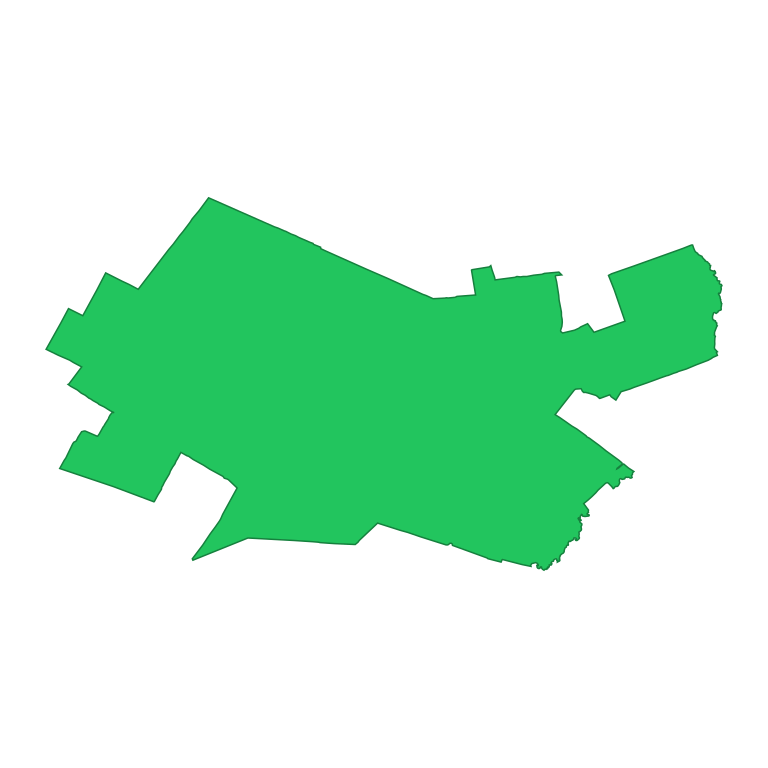 outline of Vanatori, Mehedinti, Romania
{"feature_id": "2599482B58369047953244", "entity_name": "Vanatori", "entity_type": "district", "adm_level": 2, "iso_a3": "ROU", "parent_name": "Romania", "parent_adm1": "Mehedinti", "projection": "mercator", "projection_center": [22.926, 44.254], "detail": "fine", "context": "isolated", "style": "filled", "palette": "green", "viewbox_px": 768, "rotation_deg": 0, "n_neighbors": 0, "source": "geoboundaries", "source_scale": "gbopen_adm2", "svg_char_len": 6086}
<svg xmlns="http://www.w3.org/2000/svg" viewBox="0 0 768 768"><path d="M580.2,516.3L581.6,514.4L582.1,514.6L582.3,515.8L582.9,516.2L585.0,516.5L588.8,516.0L589.2,515.4L589.2,515.0L587.2,514.2L587.1,513.7L588.5,512.2L588.2,511.8L588.5,510.1L583.7,503.6L588.1,500.0L591.9,496.6L595.8,492.8L597.9,490.3L605.4,483.4L606.5,482.8L607.6,482.7L608.7,483.5L611.8,486.7L613.2,488.6L614.0,488.2L614.6,487.2L615.6,486.5L617.3,486.4L617.8,486.1L619.0,484.5L619.1,484.0L619.8,482.7L619.3,481.0L619.4,479.8L620.0,478.8L620.9,478.6L622.1,479.4L624.5,478.9L624.8,478.7L625.1,477.8L625.9,477.1L627.3,477.4L628.5,477.2L629.2,477.4L630.0,478.0L631.0,478.1L632.1,477.5L631.5,475.5L632.4,474.6L632.6,472.7L633.9,471.5L628.5,468.0L623.7,464.0L622.7,464.5L618.4,468.1L616.9,468.9L617.1,468.3L622.0,464.4L622.2,463.8L621.9,462.8L618.7,460.1L606.2,451.0L599.2,445.4L589.4,438.2L586.8,436.8L586.2,435.9L584.8,434.8L576.7,428.9L572.1,426.2L560.4,418.0L555.1,414.6L574.5,389.8L575.8,389.1L581.1,388.7L582.5,391.4L583.8,392.5L585.5,392.4L588.4,393.1L595.9,395.4L597.4,396.4L599.5,398.4L600.3,398.3L609.8,394.8L611.1,396.7L615.9,400.1L621.1,391.7L630.0,389.0L633.9,387.4L647.2,382.8L660.5,377.9L666.8,375.7L668.0,375.5L673.8,373.2L676.8,372.3L678.6,371.4L686.3,369.0L696.3,364.8L708.1,360.3L711.4,358.5L712.9,357.4L717.4,355.4L716.4,352.5L716.4,352.3L717.4,351.8L714.7,348.9L714.4,347.7L714.8,344.0L714.7,341.5L714.9,337.6L715.4,336.5L715.2,336.0L714.5,335.5L714.3,335.0L714.6,334.4L714.5,332.8L714.7,331.8L716.7,326.6L717.3,325.8L716.6,325.0L716.8,323.8L716.7,322.9L716.0,322.7L715.4,320.8L714.4,320.8L714.0,320.1L713.0,319.7L712.5,318.1L712.6,316.1L713.6,312.8L714.7,312.5L716.1,313.4L717.9,312.1L718.4,311.0L720.9,310.0L721.2,309.7L721.1,307.0L721.4,306.1L721.5,304.6L721.8,303.7L721.2,303.2L721.1,302.8L721.3,302.3L720.7,301.1L720.6,300.5L720.8,299.9L720.3,298.8L720.0,296.7L718.4,293.8L718.8,293.2L719.3,293.6L719.8,293.4L720.4,292.6L721.3,289.2L721.2,287.7L720.9,286.9L721.9,285.8L721.9,285.4L721.2,284.4L720.3,284.3L719.4,283.7L719.3,282.9L719.8,281.5L719.6,281.0L717.5,280.7L717.3,280.4L716.9,278.8L717.1,277.9L713.6,275.2L713.5,274.8L713.8,274.5L715.5,273.6L715.6,272.8L715.2,271.5L714.6,270.9L714.2,271.4L714.0,270.9L713.5,271.2L710.6,270.2L710.1,269.5L709.9,267.9L710.2,267.7L710.6,265.6L710.0,265.6L709.7,265.3L709.6,264.1L708.0,262.7L707.6,262.0L705.1,260.9L705.2,260.4L703.2,258.4L702.3,257.2L702.0,256.4L698.7,254.8L697.7,253.8L697.7,253.4L695.5,251.9L694.9,251.0L693.7,248.2L692.6,245.0L691.5,245.0L682.7,248.5L633.6,266.1L611.5,273.8L608.5,275.4L614.3,290.0L625.0,321.2L594.0,332.3L587.6,323.7L580.7,326.9L578.7,328.3L574.5,330.2L562.6,333.0L560.7,331.5L560.6,330.3L561.9,326.3L562.3,322.2L562.1,319.1L561.5,316.1L561.4,312.0L559.1,300.1L558.7,295.2L556.6,281.8L555.4,276.7L555.4,276.0L555.7,275.6L561.7,274.9L558.9,272.1L544.4,273.4L541.9,274.3L533.7,275.2L526.8,276.5L523.0,276.5L520.4,276.9L516.9,276.5L515.0,277.3L495.1,279.9L494.6,277.3L492.1,270.1L490.8,265.6L489.3,266.9L472.0,269.7L471.5,270.1L475.6,295.0L456.9,296.4L455.2,297.3L448.2,298.0L446.4,297.8L444.8,298.1L433.1,298.7L426.1,295.5L422.9,294.4L387.9,278.5L366.7,269.3L325.5,250.9L320.8,248.7L320.6,247.2L313.6,244.4L313.0,243.4L310.2,242.4L298.7,237.4L295.6,235.7L291.0,234.0L285.7,231.3L284.1,230.8L278.1,228.1L274.3,226.8L208.6,197.8L198.9,210.9L192.3,218.7L190.0,222.3L182.9,231.7L179.7,235.5L173.3,244.1L168.8,249.4L138.2,289.3L129.0,284.4L122.1,281.2L105.7,272.9L96.9,289.9L82.8,315.7L68.5,308.6L60.7,323.2L46.1,349.3L58.4,355.3L69.7,360.2L73.4,362.5L81.7,366.9L68.9,384.0L68.1,384.4L70.7,386.3L77.4,390.0L81.2,393.1L85.3,395.3L89.1,398.3L90.4,398.8L93.0,400.6L97.7,403.2L99.1,404.5L104.1,406.9L110.3,410.8L114.2,412.7L112.9,412.4L111.8,412.9L110.0,415.2L108.8,417.5L108.4,418.8L104.9,424.2L104.0,425.9L103.1,427.0L99.1,434.2L97.6,436.2L97.1,436.2L85.4,431.1L84.2,431.0L81.6,431.7L78.1,437.1L76.7,440.0L75.8,441.3L73.8,442.2L72.7,443.8L65.9,457.9L64.1,460.5L59.7,468.5L113.7,486.7L153.9,501.8L154.3,501.6L158.0,494.8L161.4,489.4L161.8,487.1L162.8,485.6L164.4,482.2L168.9,474.7L169.6,473.3L170.3,471.2L172.7,467.0L174.8,464.1L176.2,460.8L177.4,459.0L180.9,452.4L187.2,455.9L188.5,456.2L193.2,459.5L203.4,465.1L209.6,469.1L223.0,476.4L224.3,478.2L227.3,479.1L228.4,479.7L237.1,488.0L222.7,514.3L220.7,518.9L219.6,520.8L215.2,527.1L210.3,533.7L202.7,545.1L192.3,558.8L192.9,560.2L247.9,538.0L294.3,540.5L312.5,541.7L318.5,542.2L320.0,542.6L334.4,543.6L355.2,544.5L358.0,542.2L359.3,540.4L377.6,523.1L400.2,530.3L407.7,532.4L420.5,536.8L446.0,544.9L447.6,544.9L448.4,544.6L449.9,543.3L451.3,543.3L452.3,544.1L452.5,545.4L486.9,557.9L487.9,558.7L501.1,562.1L502.1,559.7L502.4,559.5L522.2,564.6L531.0,566.4L530.7,565.3L531.7,563.6L535.7,562.6L537.1,563.2L538.2,564.6L538.3,565.5L538.0,565.7L537.3,564.9L536.8,565.6L537.0,565.9L537.0,567.0L537.6,568.1L538.9,568.6L539.6,568.4L540.1,568.0L540.3,567.1L541.0,566.8L541.5,567.1L541.6,568.1L542.5,569.3L544.0,570.2L545.0,569.2L546.1,569.4L546.5,569.1L546.6,568.7L547.4,568.9L547.8,568.5L547.5,567.4L548.0,567.0L548.6,567.3L548.9,567.1L549.2,566.8L549.3,564.9L550.7,565.1L551.4,564.9L551.7,564.4L551.8,563.8L551.2,563.8L551.0,563.1L552.1,561.5L553.3,561.3L553.6,560.9L553.6,560.0L554.0,559.6L555.7,558.8L556.4,558.9L556.9,559.8L556.8,560.6L557.6,560.8L557.4,562.1L559.5,561.0L559.8,560.6L559.9,559.9L559.4,559.5L559.4,558.3L559.7,558.2L559.6,556.9L560.3,555.9L560.2,555.4L561.7,554.0L563.4,553.0L564.2,551.7L564.1,551.0L564.9,548.1L566.3,547.1L566.6,545.6L567.4,545.1L568.2,545.2L568.4,544.8L568.0,543.0L568.5,542.6L568.7,541.6L569.1,541.2L570.5,541.4L571.6,540.5L572.8,540.1L573.4,539.3L573.8,538.7L573.8,538.1L574.4,537.9L575.8,538.1L576.4,538.8L576.0,539.6L575.4,539.8L575.8,540.4L576.3,540.5L576.9,540.5L577.7,540.0L579.2,538.6L579.4,537.9L579.3,537.3L578.8,536.4L579.2,534.1L578.9,532.1L579.9,531.5L581.3,530.1L581.5,529.1L581.0,526.6L581.7,525.4L581.9,524.2L581.8,523.8L580.0,522.3L579.7,521.5L579.8,521.2L581.1,520.4L580.8,519.6L580.4,519.2L579.0,520.0L578.1,518.6L578.5,517.8L579.0,517.8L579.6,518.2L580.2,517.8L580.2,516.3Z" fill="#22c55e" stroke="#15803d" stroke-width="1.5"/></svg>